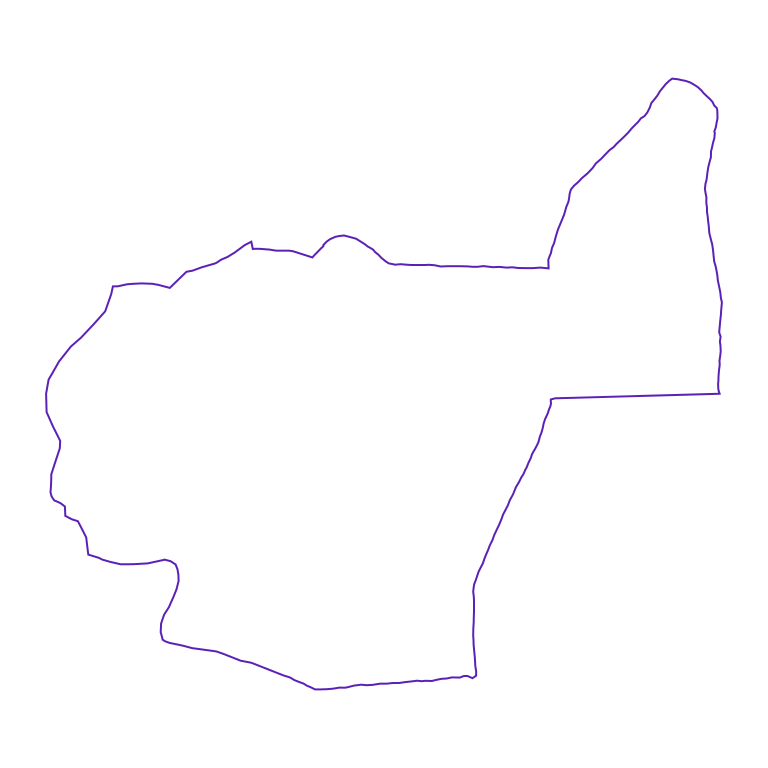 the district of Guinguineo, Kaolack, Senegal
{"feature_id": "50182788B97054679922117", "entity_name": "Guinguineo", "entity_type": "district", "adm_level": 2, "iso_a3": "SEN", "parent_name": "Senegal", "parent_adm1": "Kaolack", "projection": "albers", "projection_center": [-15.881, 14.303], "detail": "fine", "context": "isolated", "style": "outline", "palette": "violet", "viewbox_px": 768, "rotation_deg": 0, "n_neighbors": 0, "source": "geoboundaries", "source_scale": "gbopen_adm2", "svg_char_len": 4754}
<svg xmlns="http://www.w3.org/2000/svg" viewBox="0 0 768 768"><path d="M719.6,393.7L718.7,390.9L718.3,389.0L718.1,384.0L718.4,380.9L718.5,376.9L718.9,371.3L719.7,364.9L719.5,360.5L720.0,357.3L720.4,354.3L720.7,351.4L720.6,348.3L720.4,345.2L719.9,341.5L720.6,336.6L719.2,332.4L719.4,329.9L719.7,326.7L720.3,320.1L720.9,315.0L721.1,311.2L721.5,306.8L721.9,302.4L720.9,298.0L720.3,292.4L719.2,286.9L717.9,280.8L717.4,276.0L716.5,270.5L715.6,266.2L714.2,261.5L713.6,255.9L713.1,250.7L712.2,244.3L710.7,238.7L709.3,232.9L708.7,225.5L708.1,221.1L707.7,216.5L707.0,212.1L707.0,207.9L706.3,202.7L706.4,197.1L705.7,193.9L704.9,189.0L705.5,183.7L706.6,179.5L707.4,172.7L708.3,167.1L710.0,160.3L710.9,157.4L711.0,151.4L711.9,148.0L713.0,142.9L714.4,138.0L714.8,132.9L714.3,131.6L715.9,127.0L716.5,123.2L717.5,118.4L717.3,110.4L716.8,108.1L714.2,105.5L712.5,101.9L709.8,98.9L706.8,96.2L703.4,92.9L701.4,90.4L697.8,87.1L694.7,85.1L690.5,82.6L685.7,80.9L681.6,80.1L678.1,79.3L675.3,79.0L672.2,78.6L669.1,80.9L665.8,84.0L662.9,87.6L659.9,91.3L657.5,95.4L654.4,99.4L651.3,103.1L649.9,107.4L647.3,112.5L644.4,116.2L640.8,118.4L640.1,119.4L637.9,122.2L635.3,124.7L631.7,128.4L628.0,132.8L623.3,137.5L616.6,143.8L613.5,147.2L609.8,149.9L605.8,153.9L601.5,158.5L595.8,163.5L592.9,167.7L587.7,173.2L581.8,178.2L578.4,181.9L574.0,185.7L570.9,189.5L569.7,193.5L569.1,198.2L568.4,201.9L566.3,206.9L564.2,214.4L560.6,223.2L558.0,229.4L555.9,236.2L554.1,243.1L552.0,247.9L550.9,253.2L549.4,256.7L548.3,259.8L548.6,268.4L547.7,268.3L540.4,267.6L533.0,268.1L525.3,268.1L518.2,268.0L512.5,267.3L506.6,267.6L499.3,266.9L493.2,267.2L483.3,266.1L477.6,266.8L472.6,266.8L467.9,266.4L459.8,266.2L447.3,266.2L440.9,266.5L434.3,265.2L428.9,264.8L425.1,265.0L418.9,265.0L415.2,265.0L411.1,265.0L405.4,264.6L400.5,264.2L395.0,264.7L393.1,264.2L388.8,263.4L386.0,261.6L381.4,257.9L378.3,254.6L375.0,252.0L373.2,249.7L370.1,247.8L367.7,246.5L365.5,244.7L363.1,243.1L362.6,242.8L359.6,240.9L356.1,238.7L350.6,237.2L344.1,235.5L339.5,236.0L335.4,236.8L330.2,239.1L326.8,241.5L323.3,245.1L323.4,246.2L321.0,248.4L314.0,255.6L312.9,256.8L312.5,257.4L310.9,257.0L310.5,256.8L310.1,256.7L293.2,251.3L289.6,250.7L284.1,250.7L276.3,250.7L269.7,249.6L259.5,248.8L254.8,248.8L252.8,249.0L251.3,241.7L244.6,245.2L234.9,252.4L227.6,256.9L220.9,259.8L217.0,262.5L215.2,263.4L201.7,267.3L192.4,270.7L186.4,271.8L169.8,287.9L158.5,284.9L152.5,283.8L141.6,283.4L133.0,283.8L127.0,284.3L117.9,286.3L113.0,286.4L112.9,286.4L111.2,294.2L105.2,311.3L93.9,324.0L81.0,337.7L70.9,346.5L59.0,361.5L52.2,373.5L48.6,379.6L46.1,393.7L46.6,412.1L52.8,426.1L53.5,427.5L60.2,440.9L59.8,448.3L55.6,461.0L51.3,474.3L51.2,480.9L50.9,487.0L50.5,492.3L51.6,496.5L54.2,500.4L57.1,501.6L60.4,503.1L64.9,506.5L64.9,506.8L65.2,512.7L65.3,515.4L65.3,515.9L71.9,519.3L77.9,521.2L82.3,529.7L86.2,537.4L87.3,546.6L88.0,552.4L88.2,553.4L88.3,554.6L99.0,557.9L102.3,559.6L110.3,561.9L120.8,564.3L133.5,564.2L147.6,563.4L164.3,559.8L164.5,559.6L170.6,561.2L175.6,564.5L177.5,569.3L178.4,574.8L178.6,581.0L176.5,589.3L175.1,592.8L173.7,596.3L168.9,607.2L164.1,614.7L161.9,621.1L161.2,623.4L161.1,623.5L160.7,632.3L161.4,634.7L161.7,635.9L162.1,637.2L162.6,639.6L165.1,641.3L169.6,642.9L169.7,643.0L170.5,643.1L180.4,645.1L181.9,645.5L182.2,645.5L192.5,648.2L195.7,648.6L207.5,650.2L216.0,651.4L216.8,651.6L222.9,653.7L231.0,656.9L240.6,660.7L249.0,662.3L249.6,662.4L251.7,662.9L283.1,675.3L290.1,677.5L294.2,680.0L298.4,681.7L303.6,683.6L306.9,685.7L310.6,687.2L315.0,689.4L320.2,689.4L326.6,689.2L332.9,688.7L339.5,687.6L345.0,687.7L345.6,687.6L345.8,687.6L348.5,687.0L354.0,685.6L361.1,684.7L366.4,685.2L372.3,684.9L380.0,683.7L386.5,683.7L392.8,683.0L399.3,683.0L405.1,682.1L410.8,681.5L417.2,680.7L421.5,681.2L425.7,680.8L431.8,681.0L436.2,679.9L441.6,678.8L446.7,678.5L451.9,677.4L456.7,677.5L459.7,677.6L463.9,676.0L467.5,676.0L468.9,676.6L472.5,678.2L476.1,675.7L476.2,671.6L475.3,666.0L475.0,660.1L474.7,656.1L474.1,650.0L473.6,644.6L473.5,640.2L473.2,635.9L473.3,629.0L473.7,622.2L473.8,616.7L474.0,611.6L474.0,605.4L474.0,601.1L473.8,596.7L473.2,591.8L473.6,587.9L474.2,584.2L475.7,580.3L476.9,576.8L478.5,571.9L480.3,568.3L482.9,563.3L484.4,558.8L486.1,554.5L488.1,550.0L489.7,545.6L492.4,540.2L494.3,534.9L496.6,530.0L499.1,524.8L501.4,519.3L503.1,514.5L505.4,510.1L507.8,505.5L509.8,500.2L512.9,494.6L513.2,494.0L513.8,492.4L516.0,487.0L519.0,482.1L521.3,477.4L523.5,474.0L525.4,469.6L526.6,467.5L528.6,462.5L530.8,458.0L531.9,454.5L533.4,451.7L535.0,449.0L536.6,446.0L538.4,442.2L540.0,436.3L541.4,432.8L542.7,428.2L543.6,423.7L545.0,419.3L547.8,413.3L549.1,409.2L550.3,406.5L551.0,403.7L550.8,401.5L550.8,399.5L551.3,399.3L552.1,399.1L555.2,398.3L717.8,393.8L719.6,393.7Z" fill="none" stroke="#5b21b6" stroke-width="2"/></svg>